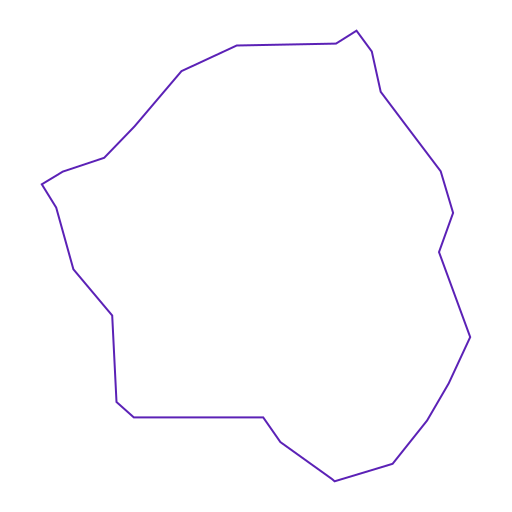 the district of Perstorp, Skåne, Sweden
{"feature_id": "70781695B63196163664063", "entity_name": "Perstorp", "entity_type": "district", "adm_level": 2, "iso_a3": "SWE", "parent_name": "Sweden", "parent_adm1": "Skåne", "projection": "natural_earth1", "projection_center": [13.405, 56.216], "detail": "fine", "context": "isolated", "style": "outline", "palette": "violet", "viewbox_px": 512, "rotation_deg": 0, "n_neighbors": 0, "source": "geoboundaries", "source_scale": "gbopen_adm2", "svg_char_len": 453}
<svg xmlns="http://www.w3.org/2000/svg" viewBox="0 0 512 512"><path d="M334.6,481.3L392.6,463.8L427.1,420.5L448.7,383.4L470.2,337.1L439.0,252.1L453.1,212.9L440.7,171.3L405.4,124.6L380.7,91.8L371.8,51.5L356.5,30.7L336.0,43.6L236.7,45.5L181.5,71.1L134.6,126.3L104.2,157.8L62.8,171.6L41.8,184.3L56.2,207.6L73.4,269.3L112.2,315.5L116.5,402.0L133.8,417.4L263.2,417.4L280.4,442.1L332.2,479.2L334.6,481.3Z" fill="none" stroke="#5b21b6" stroke-width="2"/></svg>